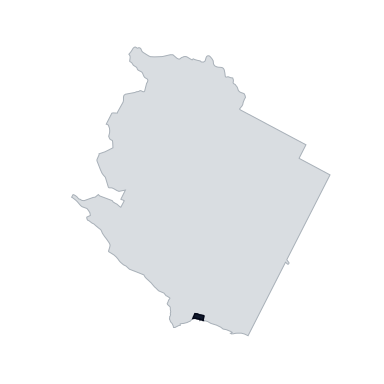 Sawakin, Red Sea, Sudan shown in context, rotated 117°
{"feature_id": "16777658B58699373531896", "entity_name": "Sawakin", "entity_type": "district", "adm_level": 2, "iso_a3": "SDN", "parent_name": "Sudan", "parent_adm1": "Red Sea", "projection": "robinson", "projection_center": [37.356, 19.026], "detail": "fine", "context": "in_parent", "style": "filled", "palette": "ink", "viewbox_px": 384, "rotation_deg": 117, "n_neighbors": 0, "source": "geoboundaries", "source_scale": "gbopen_adm2", "svg_char_len": 4742}
<svg xmlns="http://www.w3.org/2000/svg" viewBox="0 0 384 384"><g transform="rotate(117 192 192)"><path d="M251.3,296.9L248.4,296.8L248.1,296.1L248.2,294.0L248.5,292.4L249.6,289.8L249.3,288.4L249.5,286.4L248.7,284.2L241.8,277.7L240.5,275.9L236.8,274.3L237.4,272.5L235.9,259.2L236.7,257.7L236.9,255.3L236.9,253.3L237.8,249.9L237.9,248.5L230.6,248.4L230.5,249.8L230.8,251.5L230.8,252.1L220.5,252.2L224.6,257.4L224.8,259.7L224.6,262.5L224.6,264.3L224.8,265.5L225.9,267.8L225.8,268.3L225.6,268.8L218.3,275.8L217.0,279.0L216.1,280.7L213.9,283.5L207.3,290.9L206.2,291.4L201.1,291.7L200.6,291.9L200.2,292.2L195.7,287.8L188.5,282.5L183.6,285.3L182.3,286.3L182.3,288.8L181.5,290.1L180.2,291.5L176.7,292.3L174.8,293.1L172.6,294.5L170.4,296.9L170.3,298.1L170.5,299.2L158.2,299.2L157.4,298.3L155.6,294.4L154.4,294.6L143.2,294.2L141.6,294.6L138.4,296.2L136.7,296.5L135.1,295.7L129.2,288.0L128.0,287.1L126.7,285.2L125.4,284.4L125.0,283.8L124.9,283.0L124.9,281.3L124.5,280.3L123.6,280.0L115.7,281.8L114.5,281.6L112.9,281.9L112.3,282.2L111.6,283.3L111.5,285.4L111.3,286.4L110.6,287.6L108.4,290.2L107.9,291.4L107.9,294.2L107.8,295.7L107.4,296.4L106.4,297.5L106.1,298.1L105.7,301.8L104.4,304.0L104.1,304.8L104.0,306.4L103.8,306.9L100.2,308.2L98.9,309.0L98.1,310.3L97.9,310.8L96.3,310.4L94.4,310.0L90.6,309.7L89.2,309.1L88.5,308.2L88.7,306.0L88.3,305.5L87.7,305.1L87.3,304.1L87.4,302.9L89.4,300.4L89.8,299.0L90.4,292.5L90.3,290.5L88.7,286.9L85.2,280.6L84.4,279.4L80.0,274.2L79.4,273.4L78.4,271.3L79.6,266.5L79.7,265.2L79.5,263.8L78.3,262.8L77.3,262.6L76.0,261.4L75.2,260.8L74.4,259.7L73.9,258.1L74.3,252.5L74.1,251.7L73.0,251.5L72.7,251.1L72.8,250.0L72.2,246.8L71.5,244.2L71.9,242.7L71.0,240.7L69.2,239.8L65.6,240.5L64.5,240.4L63.7,240.0L63.2,239.3L62.9,238.4L63.2,237.1L64.2,234.7L65.5,232.7L68.1,231.0L68.8,230.0L69.3,228.9L69.3,227.7L69.2,226.5L68.9,225.3L68.2,223.7L67.5,221.9L67.5,220.7L67.8,219.8L68.6,218.7L71.1,216.7L73.8,214.9L74.2,214.3L74.1,213.6L72.9,212.2L72.6,209.4L71.9,207.5L73.3,206.1L74.3,205.5L75.8,205.1L76.4,204.5L76.6,203.3L76.6,202.2L77.1,201.4L77.9,199.6L78.5,198.8L80.5,196.8L81.0,195.4L81.2,194.2L80.7,190.3L81.9,188.6L83.4,187.3L85.5,187.4L88.8,187.1L91.0,186.5L92.6,186.5L96.3,187.3L96.7,187.0L96.9,185.9L98.2,111.9L113.2,111.9L113.4,111.8L114.1,76.8L208.7,76.8L209.4,76.7L211.0,73.4L211.6,73.2L212.6,73.4L212.9,74.1L212.1,76.8L294.6,76.8L294.7,80.8L295.4,84.0L297.8,88.6L299.7,91.0L300.5,92.4L300.5,93.0L300.4,93.6L299.8,92.9L298.8,92.5L298.7,94.6L299.1,99.0L300.0,102.1L299.4,104.9L299.5,109.7L300.5,115.5L300.3,119.2L302.0,127.8L303.7,132.6L304.6,133.7L305.6,134.4L307.6,134.8L310.6,137.2L312.9,139.8L313.7,141.1L314.8,142.6L315.6,142.3L316.1,141.9L316.9,143.1L320.5,145.7L321.1,146.9L319.8,148.0L318.2,150.0L317.5,151.9L317.1,152.5L315.9,153.7L315.7,154.2L315.1,154.6L314.6,154.6L313.3,155.3L312.2,155.1L311.0,155.4L310.6,155.9L309.7,156.3L308.5,156.5L306.5,158.0L304.9,158.8L304.3,159.4L303.4,162.6L302.8,163.4L300.3,163.5L299.1,163.8L297.4,163.4L296.6,163.5L296.4,164.1L296.1,166.9L296.2,168.0L294.8,171.1L295.2,176.9L293.8,181.2L293.6,182.2L292.2,185.6L291.6,186.9L289.8,193.3L289.1,195.2L287.7,197.3L289.2,212.7L287.9,217.4L288.0,219.9L287.1,223.7L286.4,225.5L285.3,227.6L284.3,230.0L283.5,233.1L283.0,239.0L282.7,239.5L278.3,240.3L276.9,240.7L276.0,241.3L274.8,242.9L272.6,247.0L271.4,249.6L269.5,253.0L267.4,255.5L266.9,256.7L266.5,258.9L265.7,262.5L265.0,265.0L265.1,267.0L264.4,270.5L264.5,272.2L263.8,273.2L262.8,274.1L262.1,274.3L259.0,271.9L256.8,273.6L255.5,275.8L254.4,278.1L255.0,283.0L254.9,284.0L254.6,285.2L252.6,290.0L252.0,292.1L251.3,295.9L251.3,296.9Z" fill="#d9dde1" stroke="#a8b0b8" stroke-width="1"/><path d="M297.3,127.2L297.5,128.4L297.6,128.6L298.0,129.1L298.1,131.8L299.1,134.2L301.4,134.0L302.7,134.0L303.5,133.9L304.2,133.8L304.1,133.7L303.9,133.4L303.9,133.2L303.7,133.0L303.6,132.9L303.6,132.7L303.4,132.5L303.3,132.4L303.2,132.3L303.0,132.1L303.0,131.9L302.9,131.8L302.9,131.7L302.7,131.6L302.8,131.4L302.8,131.2L302.8,130.8L302.7,130.7L302.8,130.6L302.6,130.4L302.6,130.2L302.6,129.8L302.6,130.0L302.7,129.7L302.6,129.4L302.5,129.2L302.4,128.9L302.3,128.7L302.3,128.4L302.2,128.3L302.1,128.2L302.1,127.9L302.1,127.7L301.9,127.4L301.9,127.2L301.9,127.3L301.7,127.4L301.8,127.4L301.7,127.4L301.7,127.5L301.5,127.4L301.6,127.2L301.7,127.3L301.8,127.3L301.8,127.2L302.0,127.0L301.9,127.0L301.9,126.9L301.7,127.0L301.7,126.8L301.7,126.7L301.6,126.4L301.6,126.2L301.6,125.9L301.6,125.7L301.6,125.3L301.5,125.2L301.5,124.9L301.4,124.9L301.5,124.9L301.5,124.7L301.5,124.4L301.5,124.2L301.4,124.2L301.4,124.3L301.4,124.5L301.4,124.3L301.4,124.2L301.3,123.9L301.2,123.8L301.2,123.7L300.8,124.0L300.6,124.1L297.0,125.0L296.9,125.8L297.3,127.2Z" fill="#0f172a" stroke="#020617" stroke-width="1.5"/></g></svg>